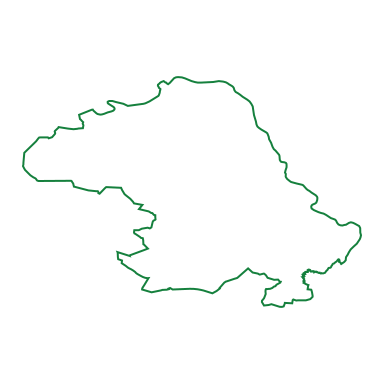 Padures pag., Kuldigas, Latvia
{"feature_id": "27541924B64598034075876", "entity_name": "Padures pag.", "entity_type": "district", "adm_level": 2, "iso_a3": "LVA", "parent_name": "Latvia", "parent_adm1": "Kuldigas", "projection": "equal_earth", "projection_center": [21.889, 57.036], "detail": "fine", "context": "isolated", "style": "outline", "palette": "green", "viewbox_px": 384, "rotation_deg": 0, "n_neighbors": 0, "source": "geoboundaries", "source_scale": "gbopen_adm2", "svg_char_len": 5950}
<svg xmlns="http://www.w3.org/2000/svg" viewBox="0 0 384 384"><path d="M99.6,193.7L104.9,188.2L106.2,187.1L121.1,187.8L122.0,189.9L124.5,194.1L126.0,195.4L130.3,198.8L133.1,201.9L134.0,203.4L142.4,204.9L139.0,209.1L148.7,211.4L151.3,213.0L152.4,213.1L153.7,214.8L155.3,215.2L155.3,216.2L155.2,216.2L155.5,219.5L155.0,219.9L153.4,220.7L152.7,221.8L151.4,227.4L149.8,228.4L147.7,227.7L147.0,227.8L141.8,228.7L138.8,230.2L134.3,230.2L134.0,232.3L134.4,233.4L135.4,233.9L139.9,236.9L141.0,237.9L142.8,238.2L143.2,240.2L143.4,244.3L144.0,244.6L147.9,248.6L144.0,250.1L129.9,255.3L129.4,255.7L129.5,255.9L117.5,252.1L117.7,252.6L117.9,257.2L118.2,259.2L122.0,260.5L121.7,263.2L125.7,265.8L127.9,267.6L129.5,268.5L130.8,269.1L133.0,270.4L135.3,272.1L135.9,272.9L137.4,274.0L140.6,275.8L142.9,277.0L145.1,277.8L147.5,278.2L148.5,278.1L144.2,285.2L142.5,287.8L142.1,289.0L142.1,289.5L151.6,292.3L160.9,290.4L162.4,289.9L166.8,289.7L168.8,289.2L168.5,288.6L170.1,288.0L172.6,289.5L189.8,288.8L193.8,288.9L197.7,289.3L200.9,289.9L203.5,290.5L212.4,293.3L216.6,291.0L219.8,288.5L219.5,288.1L224.3,282.6L226.0,281.5L226.3,281.5L235.3,278.5L235.5,278.5L237.3,277.9L248.1,268.4L252.6,272.5L257.9,273.6L258.9,274.2L259.8,274.6L263.3,273.7L263.9,273.6L264.2,273.7L265.9,275.2L267.6,277.8L274.1,279.8L278.1,279.6L280.0,281.9L280.6,281.9L280.3,282.6L276.5,284.7L275.4,286.2L274.1,286.5L272.2,288.0L269.9,288.9L268.7,288.9L267.3,289.1L266.1,289.0L265.6,289.9L265.5,291.7L265.7,294.0L264.1,298.1L263.2,299.3L262.0,300.7L261.9,302.0L264.0,305.5L268.7,305.0L271.4,304.2L279.7,306.8L281.9,306.9L283.7,306.4L284.9,303.2L284.9,302.9L292.2,303.3L292.7,300.1L293.3,299.5L296.2,300.5L298.5,300.3L306.0,300.3L310.3,299.1L312.6,296.8L312.6,295.7L312.0,292.3L311.4,290.0L311.2,289.7L307.6,289.3L308.2,285.5L308.4,285.1L306.5,284.4L303.7,282.9L304.1,282.5L304.0,282.1L304.4,281.9L304.3,281.7L303.9,281.5L303.6,281.6L303.5,281.3L303.9,281.1L304.4,281.1L304.5,281.0L304.2,280.7L303.6,280.6L303.7,280.4L304.3,280.2L304.2,279.8L303.8,279.9L303.8,279.7L304.1,278.9L303.7,278.5L303.1,278.1L303.1,277.8L302.7,277.4L303.3,277.4L303.6,277.2L303.1,276.5L303.9,276.2L303.1,275.6L302.9,275.4L302.9,275.2L303.9,275.2L304.1,275.0L304.2,274.9L304.1,274.7L304.9,274.3L304.6,274.1L303.4,273.9L304.0,273.5L303.9,273.1L304.6,273.0L304.5,272.8L305.2,272.0L305.6,272.1L305.5,272.4L305.9,272.3L306.0,272.1L306.0,271.8L306.2,271.7L306.5,271.6L306.9,272.0L307.4,272.0L307.2,271.6L307.3,271.4L307.6,271.3L308.2,271.0L308.2,270.9L308.0,270.1L308.3,270.0L308.1,269.8L308.5,269.6L309.0,269.9L309.5,269.7L309.7,269.8L309.8,270.2L310.1,270.2L310.1,270.8L310.9,271.5L311.2,271.2L311.8,271.3L312.3,271.2L313.2,271.1L313.5,271.2L313.1,271.5L313.8,271.5L314.4,271.8L314.2,271.9L314.2,272.3L315.3,271.9L316.4,271.9L316.3,271.7L316.6,271.7L316.8,271.8L316.7,272.0L316.8,272.2L318.5,272.7L318.9,273.0L319.1,273.0L319.0,272.7L319.4,272.7L319.5,272.7L319.5,273.0L320.3,273.2L320.8,273.5L321.4,273.4L321.2,273.2L321.4,273.1L322.0,273.3L323.1,273.4L324.9,272.8L325.2,272.6L325.9,271.4L326.4,271.0L326.5,270.7L326.9,270.3L327.4,270.0L327.9,269.1L328.4,268.2L328.8,267.9L330.1,267.8L330.7,267.5L331.2,266.8L331.4,266.0L332.0,265.4L332.2,265.1L332.4,264.4L333.1,263.7L334.0,263.5L335.4,262.2L336.4,261.6L336.7,261.3L336.9,261.1L337.8,259.8L338.4,259.3L338.9,259.4L339.2,259.6L339.2,259.9L339.5,260.4L339.5,260.6L339.1,261.0L339.0,261.6L339.0,261.8L339.8,262.1L340.6,262.7L340.8,263.5L341.2,264.0L344.2,262.0L345.7,260.3L346.0,257.2L347.2,255.4L347.7,254.7L348.8,252.4L350.7,249.4L353.7,246.5L356.8,243.7L359.8,239.2L360.5,237.4L361.0,235.2L360.3,232.7L360.2,228.1L359.2,226.1L354.7,223.6L353.0,222.8L350.9,222.3L348.9,222.9L346.1,224.7L344.2,225.0L342.5,225.5L340.4,225.3L338.5,224.5L337.1,222.8L336.1,220.7L335.2,219.7L333.8,219.1L330.9,218.1L326.2,215.0L323.6,213.6L321.1,213.0L318.4,212.1L313.9,210.1L311.6,208.5L311.2,206.8L311.6,205.5L312.4,204.7L315.2,203.5L316.3,202.6L317.2,200.1L317.4,197.9L317.1,196.8L315.8,195.3L311.4,192.5L309.5,191.0L307.7,190.0L306.4,188.9L303.2,185.3L302.2,184.8L296.6,183.5L291.1,182.0L289.9,181.2L287.2,179.0L286.0,177.3L285.7,176.6L285.8,173.9L285.0,172.6L285.6,170.1L286.5,167.5L286.6,166.0L286.5,163.9L285.9,162.9L284.4,162.3L281.8,162.0L280.8,161.6L279.8,159.9L279.5,156.0L279.1,154.8L275.5,150.6L273.8,149.1L272.5,146.7L271.1,142.8L269.1,139.2L268.7,136.8L267.9,134.7L267.3,133.3L266.2,132.4L261.4,129.6L258.8,127.8L257.4,126.5L256.5,124.5L255.9,121.4L254.0,115.1L252.7,106.4L251.2,103.7L249.6,101.5L247.3,99.7L242.7,96.8L240.2,94.8L237.9,93.2L235.7,92.0L234.5,90.4L233.7,87.8L233.2,87.1L232.5,86.4L231.6,85.8L229.0,84.3L228.1,83.6L226.8,82.8L225.8,82.3L223.2,81.6L218.8,81.1L213.2,82.0L200.9,82.6L197.8,82.6L195.1,82.1L191.6,81.1L185.1,78.4L181.9,77.4L178.2,77.1L176.9,77.2L175.8,77.4L174.1,78.2L169.8,82.9L168.1,84.2L167.1,83.6L166.0,82.5L165.5,82.5L164.9,82.1L163.7,81.1L161.3,82.0L159.9,82.9L159.6,83.4L158.0,84.7L157.9,85.8L158.8,87.2L158.9,87.8L160.4,89.0L160.3,89.9L160.0,90.7L159.7,92.8L158.9,95.1L158.4,95.9L149.5,101.4L145.4,103.3L143.5,103.8L127.8,105.9L123.4,103.8L116.2,102.1L112.4,101.0L109.3,101.0L108.3,101.4L107.7,101.8L107.7,102.9L108.0,103.4L109.0,104.1L113.3,106.8L114.1,107.5L114.5,108.3L114.6,108.9L114.4,109.5L113.4,110.6L111.5,111.4L107.7,112.4L104.2,113.8L102.1,114.4L100.7,114.6L99.7,114.5L97.5,114.0L96.3,113.2L93.4,110.6L92.8,109.6L91.9,109.7L79.1,114.8L80.0,119.1L80.9,119.8L81.8,120.9L83.2,122.2L82.7,123.7L83.4,125.2L82.9,128.2L78.5,128.5L77.3,128.8L73.5,129.2L68.0,128.6L58.6,127.1L58.3,127.8L54.9,131.0L54.7,131.5L55.2,133.2L54.9,134.0L52.1,137.2L48.7,138.3L47.9,137.4L40.7,137.4L39.2,137.5L38.4,138.3L36.1,141.3L24.3,152.8L23.4,163.0L23.4,164.4L23.0,166.1L24.1,168.3L25.1,170.0L30.4,175.3L33.3,177.3L35.3,178.3L35.9,178.8L36.9,180.3L37.3,180.6L38.6,181.0L71.1,180.8L71.8,181.3L72.3,182.3L73.2,183.5L73.6,185.4L73.9,186.1L73.9,186.6L88.4,190.4L96.1,191.2L97.8,191.2L98.4,192.2L98.4,193.2L99.6,193.7Z" fill="none" stroke="#15803d" stroke-width="2"/></svg>